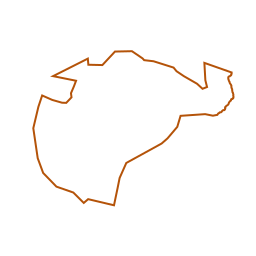 the district of Darxan, Hentiy, Mongolia, rotated 107°
{"feature_id": "93677404B15317120732328", "entity_name": "Darxan", "entity_type": "district", "adm_level": 2, "iso_a3": "MNG", "parent_name": "Mongolia", "parent_adm1": "Hentiy", "projection": "orthographic", "projection_center": [109.184, 46.592], "detail": "fine", "context": "isolated", "style": "outline", "palette": "amber", "viewbox_px": 256, "rotation_deg": 107, "n_neighbors": 0, "source": "geoboundaries", "source_scale": "gbopen_adm2", "svg_char_len": 2062}
<svg xmlns="http://www.w3.org/2000/svg" viewBox="0 0 256 256"><g transform="rotate(107 128 128)"><path d="M89.3,46.4L87.8,46.0L87.3,45.6L87.2,45.3L87.0,45.2L86.7,45.0L86.3,44.9L86.2,44.8L86.1,44.5L86.0,44.1L85.7,43.6L85.3,43.3L84.8,43.1L84.4,43.0L84.0,42.9L83.7,42.6L83.3,42.4L83.1,42.2L83.0,41.9L82.9,41.5L82.8,41.2L82.6,41.0L82.3,40.9L81.8,40.7L81.6,40.7L81.2,40.9L80.7,40.8L80.5,40.7L80.4,40.7L80.3,40.8L80.2,40.9L80.0,41.1L79.9,41.2L79.7,41.2L79.3,41.0L79.0,40.8L78.7,40.7L78.3,40.5L78.1,40.4L77.9,40.3L77.7,40.1L77.5,39.9L77.1,39.5L76.8,39.3L76.6,39.2L76.2,39.1L75.7,38.9L75.4,38.8L74.8,38.9L74.2,38.9L73.7,38.7L73.0,38.5L72.4,38.2L72.2,38.0L71.8,37.7L71.5,37.6L71.1,37.7L70.7,37.7L70.4,37.7L70.2,37.6L70.0,37.3L69.9,37.0L69.8,36.7L69.7,36.6L69.4,36.5L69.2,36.6L68.9,36.5L68.8,36.3L68.7,36.1L68.2,36.1L67.9,36.1L67.7,36.2L67.3,36.3L66.9,36.4L66.7,36.5L66.4,36.8L66.1,36.9L65.8,36.9L65.4,37.0L65.0,37.1L64.5,37.5L64.0,37.8L63.6,38.0L63.4,38.4L62.9,38.7L62.2,39.0L61.5,39.4L60.9,39.6L60.5,39.7L60.2,40.0L59.8,40.3L59.6,40.4L59.3,40.8L58.8,41.0L58.4,41.2L57.9,41.3L57.6,41.4L57.4,41.6L57.2,41.6L56.5,42.2L56.3,42.5L55.5,43.5L55.1,43.9L54.7,44.2L54.0,44.5L53.8,44.8L53.5,45.2L53.1,45.5L52.5,45.8L52.2,46.1L51.8,46.4L51.5,46.5L51.3,46.6L51.0,46.6L50.6,46.8L50.3,46.9L49.9,46.9L49.6,46.8L49.4,46.7L49.2,46.5L49.1,46.3L48.9,46.1L48.8,45.8L48.4,45.6L48.1,45.4L47.8,45.1L47.5,44.9L47.3,44.8L47.0,44.8L46.9,44.9L46.6,45.0L46.4,45.0L46.1,44.8L45.9,44.8L45.6,44.8L45.3,45.0L45.1,45.1L44.8,45.2L44.6,45.2L43.4,74.0L59.7,68.0L65.7,64.4L68.7,68.2L65.5,74.9L62.1,89.7L59.5,98.2L56.9,102.1L56.7,123.1L58.4,132.4L57.2,134.4L53.4,146.7L58.7,162.8L75.3,170.9L79.1,184.4L73.4,186.7L100.3,214.8L98.0,191.5L104.0,191.9L111.4,192.7L115.2,191.0L122.0,194.4L123.1,198.4L123.3,208.6L122.0,219.6L133.9,219.9L155.9,218.5L183.3,205.5L192.1,198.8L195.8,196.0L205.0,179.3L205.7,161.4L212.6,148.4L207.7,145.3L206.0,118.8L188.4,120.4L178.2,121.4L161.9,119.4L133.0,91.3L126.4,87.2L112.5,81.2L101.0,81.3L92.2,58.3L91.4,50.4L89.3,46.4Z" fill="none" stroke="#b45309" stroke-width="2"/></g></svg>